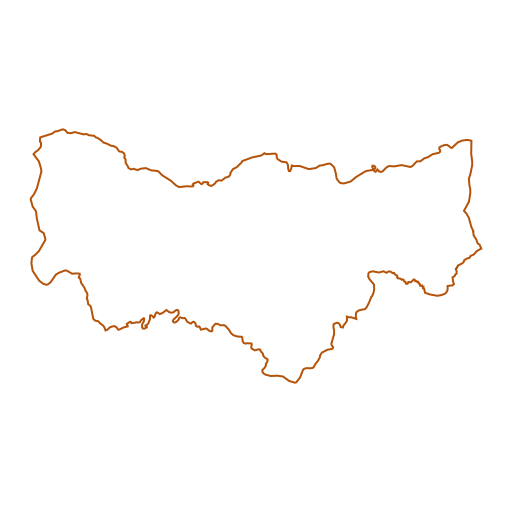 outline of Liquidoe, Aileu, East Timor
{"feature_id": "22284137B83063719556593", "entity_name": "Liquidoe", "entity_type": "district", "adm_level": 2, "iso_a3": "TLS", "parent_name": "East Timor", "parent_adm1": "Aileu", "projection": "orthographic", "projection_center": [125.722, -8.733], "detail": "fine", "context": "isolated", "style": "outline", "palette": "amber", "viewbox_px": 512, "rotation_deg": 0, "n_neighbors": 0, "source": "geoboundaries", "source_scale": "gbopen_adm2", "svg_char_len": 6051}
<svg xmlns="http://www.w3.org/2000/svg" viewBox="0 0 512 512"><path d="M105.5,330.4L107.5,329.7L109.6,327.5L112.1,326.5L114.4,326.1L116.5,327.3L118.1,329.6L119.3,329.6L123.2,327.6L127.7,326.4L127.7,325.7L126.9,324.8L126.8,323.9L129.9,321.9L130.7,321.8L131.5,323.2L137.1,322.3L137.8,322.5L139.5,322.3L140.1,322.0L140.8,320.4L143.7,318.2L144.1,318.4L144.2,319.0L143.9,321.2L142.2,324.3L142.0,327.1L142.9,328.6L144.5,328.6L146.8,327.4L146.9,326.9L145.4,325.9L145.4,325.5L147.1,324.7L148.2,323.6L149.9,319.4L150.1,315.4L151.2,315.3L152.0,315.8L153.7,317.6L154.4,317.1L155.4,314.0L156.3,312.6L157.0,312.3L159.9,314.1L162.9,312.7L166.4,310.0L169.1,312.1L171.2,312.7L173.4,312.3L175.8,310.3L177.5,309.9L178.2,310.4L178.7,312.1L178.5,314.4L176.7,316.6L173.5,319.6L172.8,321.1L173.6,322.2L174.6,322.6L176.3,321.9L178.5,319.8L179.2,318.0L180.2,317.3L182.6,318.2L184.6,318.0L185.3,318.5L187.3,321.8L189.4,323.0L191.0,323.6L192.7,322.0L193.6,321.7L194.5,322.2L195.5,323.6L196.1,326.1L197.5,326.8L199.0,326.4L199.5,326.7L201.0,329.7L205.6,328.5L206.6,328.7L209.6,331.0L211.5,331.4L212.1,331.0L212.4,330.0L212.3,327.3L215.4,323.8L217.4,323.8L220.6,325.3L223.9,325.2L225.4,325.8L229.2,330.1L230.9,333.1L233.3,335.2L237.4,336.5L241.7,336.8L242.2,337.3L242.7,341.4L243.8,343.0L245.7,343.6L247.1,343.2L251.5,343.5L251.8,344.8L251.2,346.8L251.6,348.5L252.4,349.0L254.9,350.4L258.4,349.3L260.2,349.6L260.6,351.1L262.9,353.7L263.4,356.1L265.4,358.1L267.4,359.1L267.7,360.0L267.2,361.9L265.8,364.0L265.9,365.7L264.7,367.7L262.3,370.1L262.5,372.0L263.9,373.7L265.4,374.6L270.8,376.0L277.6,375.7L283.0,376.5L289.0,380.9L294.9,382.7L296.3,382.3L300.1,377.4L303.0,369.9L304.1,368.8L306.7,368.1L310.5,368.3L312.8,367.9L313.9,366.9L315.3,364.1L317.8,361.0L319.7,357.7L320.2,355.2L321.9,352.6L327.5,349.7L331.9,349.0L333.0,348.0L333.1,347.2L331.7,345.3L331.4,343.7L334.1,334.2L334.1,330.0L333.6,328.6L333.4,325.6L333.8,324.0L337.1,322.7L338.5,323.1L339.6,324.3L340.8,327.1L342.8,327.5L343.6,325.3L345.4,323.2L347.0,320.7L346.9,316.6L349.3,317.4L351.0,317.2L356.3,318.9L355.8,316.4L356.0,313.5L356.5,312.1L358.2,310.8L359.7,310.1L365.0,309.1L366.6,307.3L368.9,302.9L371.3,296.9L372.1,296.1L373.3,293.5L374.2,289.5L374.0,284.6L369.5,279.2L368.2,276.6L368.4,273.4L369.5,272.1L372.9,271.3L378.8,272.5L383.6,271.3L386.3,272.8L388.6,271.5L390.1,271.4L392.9,273.2L394.2,273.0L394.8,274.3L397.2,275.7L397.4,276.2L397.1,277.0L397.7,277.6L397.7,278.2L400.5,278.7L401.8,279.8L402.8,279.4L403.6,279.8L404.1,281.4L405.6,281.9L405.8,283.4L406.4,283.9L407.1,283.9L407.9,283.3L408.4,282.0L410.8,282.3L413.9,279.4L414.7,279.8L415.2,281.1L415.9,280.8L417.3,282.0L418.0,281.7L418.6,282.5L418.7,283.4L419.9,284.2L420.1,285.7L420.9,285.9L422.0,285.4L422.5,286.5L423.3,286.6L422.8,287.8L423.0,288.4L424.1,288.5L425.0,292.7L430.1,294.5L437.4,295.8L441.3,295.1L445.2,293.6L446.8,291.7L447.6,289.7L447.6,286.0L452.7,285.3L453.9,284.1L453.0,281.5L452.6,277.3L454.8,275.9L455.3,274.4L456.5,273.8L456.7,271.4L455.8,269.2L456.0,268.5L457.0,268.0L457.0,267.1L457.9,266.1L457.9,265.5L462.3,263.3L463.6,262.1L464.3,260.1L467.3,258.4L469.7,257.7L470.2,256.3L471.8,255.3L473.7,254.6L476.9,251.0L481.3,248.6L479.6,244.8L477.5,243.2L476.5,239.9L473.5,235.1L473.5,233.2L473.0,231.7L473.4,231.3L471.4,227.1L468.8,217.7L466.6,213.8L464.0,210.8L469.0,201.6L470.3,193.0L470.2,188.5L469.4,185.4L468.9,178.8L470.3,174.4L472.2,165.2L472.2,161.7L471.2,153.7L471.4,140.7L467.2,139.9L462.5,140.5L457.9,142.3L451.9,147.9L451.1,147.8L447.4,145.0L446.7,144.8L443.9,145.2L442.5,145.8L439.7,147.1L439.3,147.8L439.4,149.3L440.2,150.3L440.1,151.7L439.6,152.3L438.8,152.8L432.6,154.2L427.9,157.2L424.4,158.3L420.3,161.3L416.8,161.4L412.4,166.0L410.5,167.0L401.5,165.1L394.3,166.4L389.0,166.0L386.6,167.3L382.4,171.5L380.8,171.9L379.1,171.5L378.5,170.5L377.3,169.5L376.4,171.2L375.6,171.8L374.3,171.1L374.2,169.7L375.4,167.8L375.1,166.6L373.8,165.8L372.5,165.7L372.3,167.0L373.1,169.1L373.0,169.9L366.6,170.9L364.8,171.7L356.1,177.0L350.7,181.5L344.5,183.3L342.7,183.4L340.6,183.0L339.4,182.3L337.3,179.6L336.6,178.3L335.8,173.3L334.3,167.8L333.2,166.2L330.1,163.6L327.2,163.9L322.4,165.3L319.8,165.5L315.7,168.1L309.5,169.0L308.5,169.0L299.7,166.0L293.8,166.1L291.8,165.5L291.5,167.7L290.2,171.1L289.0,171.0L288.3,169.4L287.9,164.8L286.5,162.3L281.7,161.7L277.7,159.2L276.8,157.6L276.7,155.2L276.3,154.2L275.4,153.7L273.4,153.7L267.6,154.1L266.0,154.0L264.3,153.2L263.6,154.0L260.9,155.6L252.6,157.3L242.4,161.0L241.6,162.4L236.8,167.1L232.8,169.3L230.5,172.8L230.3,174.6L229.0,176.5L225.3,177.7L221.8,180.4L220.5,180.6L218.9,180.2L217.1,181.1L216.0,181.8L215.0,183.5L211.7,185.8L211.0,185.9L208.6,185.0L207.6,184.1L208.3,183.0L207.7,182.2L203.3,182.2L202.5,183.7L201.4,184.1L198.6,181.7L193.6,183.4L192.8,184.3L193.5,185.2L193.1,186.3L190.4,186.5L187.1,186.2L179.3,187.1L176.1,185.5L171.1,180.9L162.4,175.4L158.0,171.1L151.1,170.3L145.8,168.1L140.8,168.7L137.5,170.1L133.6,168.8L131.3,169.4L129.4,168.6L128.4,167.9L127.7,166.1L125.6,162.8L125.6,159.5L124.2,157.6L124.8,155.7L124.0,153.3L122.0,151.9L119.6,151.5L119.0,151.1L116.7,147.9L115.8,147.2L113.5,146.1L111.5,145.9L106.3,143.4L103.3,142.5L101.0,140.2L97.6,138.0L95.9,137.4L94.1,135.8L88.8,135.2L86.8,134.1L83.3,134.3L74.9,132.1L70.5,133.2L67.4,132.8L65.1,130.1L62.7,129.3L57.5,131.2L55.0,131.5L52.2,133.6L40.2,137.4L39.9,141.5L40.9,142.5L41.0,144.2L41.0,146.0L40.6,147.2L38.1,150.1L35.2,152.3L33.5,154.2L38.9,161.4L40.9,168.1L41.4,171.5L36.9,188.3L34.2,193.9L31.1,198.0L30.7,199.4L32.7,206.7L35.7,210.7L36.1,212.1L36.9,218.8L39.5,230.4L43.7,233.1L45.3,238.8L45.3,240.0L38.9,251.1L35.0,255.0L32.5,256.8L32.0,257.7L31.4,263.3L32.7,270.9L39.2,280.7L43.4,283.9L46.0,284.7L47.1,284.7L48.4,284.0L50.7,282.1L55.8,274.7L58.6,272.9L64.3,270.7L65.8,270.4L67.1,270.8L72.1,273.7L76.9,273.4L79.7,273.7L79.8,275.0L78.7,277.2L79.3,278.3L80.2,278.6L81.2,283.0L84.5,287.8L85.3,290.1L87.3,293.5L87.4,295.7L86.8,298.8L87.6,300.1L88.2,304.2L90.3,305.8L90.9,306.8L93.3,318.9L95.3,320.7L98.2,321.2L99.8,323.0L103.4,325.8L104.8,328.2L105.5,330.4Z" fill="none" stroke="#b45309" stroke-width="2"/></svg>